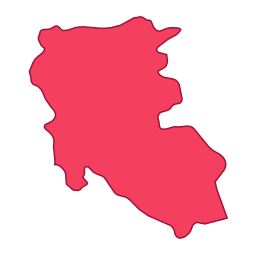 Médéa, Mercator projection, rotated 269°
{"feature_id": "DZA-2213", "entity_name": "Médéa", "entity_type": "Province", "adm_level": 1, "iso_a3": "DZA", "parent_name": "Algeria", "parent_adm1": "", "projection": "mercator", "projection_center": [2.97, 35.965], "detail": "fine", "context": "isolated", "style": "filled", "palette": "rose", "viewbox_px": 256, "rotation_deg": 269, "n_neighbors": 0, "source": "natural_earth", "source_scale": "10m", "svg_char_len": 2536}
<svg xmlns="http://www.w3.org/2000/svg" viewBox="0 0 256 256"><g transform="rotate(269 128 128)"><path d="M30.8,203.4L32.5,194.9L31.5,193.1L29.7,191.1L24.3,188.9L21.8,187.2L18.7,183.6L17.4,180.4L17.0,177.7L17.7,175.7L19.4,174.0L21.8,173.0L24.5,172.6L27.2,171.3L29.6,169.2L40.1,146.5L46.6,137.6L56.2,128.5L58.2,125.8L59.4,123.3L60.5,118.9L61.3,116.5L62.3,114.9L63.6,113.5L79.2,103.3L80.6,100.9L82.6,96.0L84.5,92.6L89.4,88.0L90.1,86.1L89.8,84.7L89.0,84.0L87.8,83.7L82.6,83.7L80.1,82.3L79.1,82.4L78.0,83.0L74.7,86.0L73.8,86.4L73.2,86.5L72.9,86.3L72.4,85.9L71.3,84.3L70.5,82.7L69.6,81.2L67.2,79.1L66.8,78.2L66.4,76.7L66.6,73.7L67.1,72.0L68.1,70.8L70.0,68.9L71.5,66.9L72.5,65.9L73.8,65.3L83.0,65.0L85.6,64.1L88.1,62.4L90.7,59.8L92.0,57.8L92.5,56.4L92.7,54.1L96.1,54.5L111.0,53.2L114.3,53.7L117.2,53.7L120.4,53.0L122.7,51.4L124.9,49.5L128.4,45.6L130.1,44.4L132.2,44.8L133.5,46.6L134.7,49.5L136.3,52.4L138.7,54.6L141.1,55.7L143.1,55.9L144.8,55.3L147.4,53.9L151.6,50.5L159.0,45.7L164.3,43.7L168.0,41.8L171.1,38.9L172.2,36.7L172.9,34.6L174.2,33.2L176.7,32.0L180.5,31.8L186.2,30.4L195.0,34.2L198.2,36.2L201.0,39.1L204.6,43.8L207.2,45.7L208.9,46.1L211.1,43.6L212.5,42.4L217.4,40.3L218.8,39.9L220.2,40.0L223.8,41.4L225.7,41.8L227.2,42.9L227.9,45.0L228.0,48.7L228.4,52.0L231.0,56.7L231.3,58.7L230.2,60.5L227.4,63.2L226.7,64.3L226.6,66.2L226.9,69.5L229.2,77.0L229.8,80.6L229.9,85.8L228.2,102.1L228.1,107.0L228.5,112.3L230.7,121.9L238.1,136.1L238.2,138.3L239.0,142.3L238.5,144.0L237.7,145.7L235.6,148.6L235.2,151.9L234.3,152.9L228.4,155.3L225.0,158.1L224.3,160.3L224.7,163.0L226.5,167.4L227.2,170.0L227.5,172.9L227.2,178.9L226.6,181.4L225.3,182.5L222.4,180.2L220.6,178.2L219.2,175.8L217.7,172.6L215.8,169.2L208.6,159.5L206.9,158.2L205.4,157.8L203.9,158.8L202.9,160.0L200.7,167.9L194.3,168.6L192.0,168.2L189.6,167.3L188.0,165.7L186.8,163.8L184.8,159.8L183.6,159.0L182.0,159.4L179.9,161.4L178.2,164.4L176.1,174.3L174.8,176.9L173.2,178.4L170.4,180.0L156.0,182.6L153.5,181.9L152.1,180.5L151.0,175.6L150.4,173.8L149.5,172.7L146.6,170.6L145.5,169.0L144.7,166.9L143.6,162.5L142.8,160.5L140.8,158.7L137.7,158.0L133.1,159.1L130.4,159.3L128.5,159.7L127.2,160.4L126.2,162.5L126.2,165.2L126.8,168.0L128.2,173.1L128.4,175.0L128.1,178.7L128.2,180.2L128.8,185.6L128.8,188.2L128.4,190.4L127.7,192.1L126.1,193.9L108.3,208.0L105.6,210.7L103.9,212.7L103.2,213.9L100.6,218.4L98.8,220.8L96.6,222.9L94.2,224.3L91.6,225.0L89.0,225.1L86.5,224.4L84.3,223.3L72.9,214.3L72.5,214.2L65.1,215.7L36.2,225.6L30.8,203.4Z" fill="#f43f5e" stroke="#9f1239" stroke-width="1.5"/></g></svg>